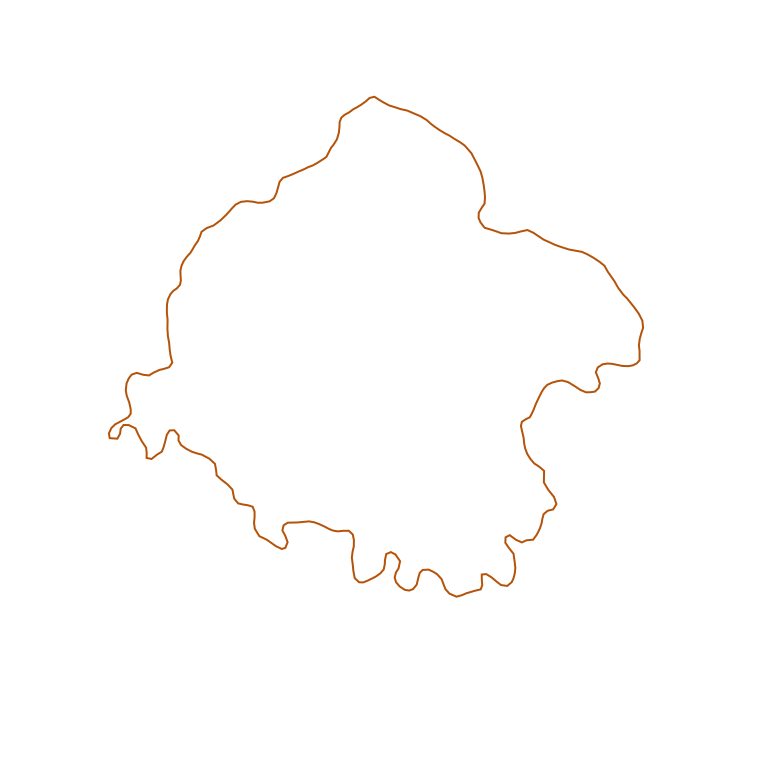 Indianópolis, Minas Gerais, Brazil, rotated 320°
{"feature_id": "56859067B71925312752547", "entity_name": "Indianópolis", "entity_type": "district", "adm_level": 2, "iso_a3": "BRA", "parent_name": "Brazil", "parent_adm1": "Minas Gerais", "projection": "equal_earth", "projection_center": [-47.866, -18.967], "detail": "fine", "context": "isolated", "style": "outline", "palette": "amber", "viewbox_px": 768, "rotation_deg": 320, "n_neighbors": 0, "source": "geoboundaries", "source_scale": "gbopen_adm2", "svg_char_len": 4354}
<svg xmlns="http://www.w3.org/2000/svg" viewBox="0 0 768 768"><g transform="rotate(320 384 384)"><path d="M139.1,249.2L144.6,254.5L149.9,252.4L153.6,249.0L158.1,248.0L162.0,251.3L165.1,258.2L163.2,264.9L161.7,272.0L160.8,279.9L157.9,284.3L154.6,288.0L157.7,292.0L164.6,292.2L170.3,293.0L174.3,290.9L178.8,287.8L185.0,283.3L189.9,281.8L193.6,284.6L193.6,291.5L190.3,295.1L189.3,300.4L190.9,306.6L193.4,312.6L195.9,316.6L198.9,320.8L202.2,328.9L203.2,336.5L200.1,341.9L197.1,346.4L197.9,352.4L199.6,360.4L200.0,367.5L197.7,371.6L195.6,375.5L195.5,381.6L198.3,385.4L201.8,389.4L204.5,393.6L202.8,398.6L199.1,403.0L195.2,406.8L192.0,411.8L190.7,420.4L194.2,428.2L197.0,438.9L199.7,444.7L203.1,446.1L208.5,443.2L210.7,437.1L212.1,430.8L216.3,427.7L221.2,428.4L224.9,431.4L228.8,434.5L232.6,437.1L238.3,441.1L241.6,445.0L244.2,449.5L246.7,454.7L248.7,459.7L250.8,463.6L253.9,467.2L258.6,470.4L262.7,473.8L263.3,479.3L260.7,484.1L256.7,488.8L252.0,492.4L247.7,496.4L244.1,502.1L240.5,507.3L236.8,513.9L237.5,519.9L240.5,522.6L245.0,524.1L250.2,525.4L253.7,526.2L259.2,526.7L264.5,525.9L268.4,522.9L271.7,519.4L276.4,515.7L281.2,517.2L283.2,522.0L282.4,530.1L276.6,534.6L271.9,536.1L267.6,539.3L265.8,543.8L265.9,549.3L267.6,555.0L270.5,558.4L274.4,559.8L280.1,558.7L286.0,554.3L290.1,551.6L294.1,551.3L298.8,554.8L300.9,559.2L302.4,563.7L302.7,570.5L300.8,575.9L299.2,580.6L299.4,586.7L302.8,593.5L307.8,595.8L312.7,597.3L320.7,600.8L326.1,603.5L330.0,601.2L333.2,596.7L336.4,592.8L340.1,595.3L342.0,600.8L343.3,608.0L344.4,613.2L348.6,617.9L354.4,617.9L358.3,616.1L362.6,613.0L366.4,609.3L369.8,604.2L374.1,597.3L374.3,589.9L374.9,583.6L378.6,579.6L383.1,580.6L385.0,588.3L387.8,594.0L392.7,595.3L398.1,599.1L403.5,597.8L407.0,596.5L411.0,594.6L415.2,592.0L419.0,588.8L422.7,586.3L427.9,586.3L433.0,588.8L438.9,586.8L441.6,579.9L441.8,570.7L443.2,562.2L447.6,557.1L450.8,553.5L449.7,547.0L448.0,541.3L448.0,535.4L448.8,529.6L450.7,524.2L453.1,519.7L456.4,514.9L459.2,509.4L461.9,504.2L465.3,501.6L469.7,502.1L474.4,503.2L477.9,501.8L481.8,500.0L487.5,496.9L492.5,494.6L496.7,492.7L500.1,491.3L504.0,490.1L508.5,489.6L513.4,490.9L518.7,493.3L522.7,495.8L526.2,500.8L528.6,507.9L530.7,514.9L533.4,520.2L537.0,523.1L540.7,525.4L545.7,525.1L549.7,522.3L551.6,517.9L553.8,511.2L558.4,508.7L564.1,509.4L568.4,512.0L571.7,515.2L574.8,519.1L578.4,523.6L582.8,527.5L586.5,529.6L590.8,530.7L595.1,530.1L598.0,526.5L600.9,523.1L604.0,518.4L608.8,513.9L613.7,510.5L618.6,507.5L622.6,501.6L624.4,493.7L625.0,485.6L625.2,474.6L624.7,469.1L625.2,460.7L626.6,453.3L627.6,441.8L628.9,435.1L627.7,429.2L625.6,421.9L623.1,415.3L620.5,409.9L616.3,404.9L612.2,399.9L609.2,395.2L606.3,390.5L604.1,386.6L601.8,381.6L599.1,376.1L597.7,371.3L595.7,364.3L592.9,358.3L587.5,355.4L581.4,352.5L576.2,348.9L570.8,343.9L567.8,338.7L565.1,334.4L561.5,329.0L561.8,322.3L563.2,317.6L566.7,313.7L572.1,311.8L576.9,310.5L581.2,306.1L584.4,301.7L588.0,296.1L591.9,289.3L594.6,283.3L595.8,278.6L597.4,272.0L599.3,263.4L599.1,253.2L597.6,247.4L595.6,241.8L593.8,235.8L591.9,231.3L589.9,225.6L588.2,219.6L587.1,214.6L586.3,209.0L583.9,202.0L581.0,196.3L577.5,189.4L573.5,184.2L570.3,179.0L567.0,173.9L564.4,167.5L562.9,163.0L561.3,157.8L556.8,155.6L551.9,155.8L546.1,155.4L540.8,154.6L537.3,153.8L531.9,153.5L527.0,152.5L522.7,152.5L518.4,154.8L514.6,159.0L510.7,162.7L505.2,166.3L499.4,168.2L495.3,169.0L490.5,171.0L485.9,173.0L482.3,172.7L478.3,172.2L474.6,171.7L469.9,170.8L465.5,169.2L460.1,167.9L454.3,166.1L448.6,164.5L444.0,163.0L439.1,161.1L434.0,162.0L429.2,165.3L424.2,168.7L419.1,171.0L413.7,170.5L407.7,167.2L403.8,164.0L400.7,160.0L396.6,155.9L391.5,152.5L385.8,151.2L380.5,151.7L376.9,152.3L371.9,153.0L363.9,153.5L355.2,153.0L348.5,150.6L342.1,150.1L338.1,152.5L333.5,154.8L327.9,156.3L323.9,157.8L319.8,159.1L314.6,159.8L309.5,161.1L305.0,163.2L300.9,166.3L297.6,170.5L294.9,174.2L291.4,176.9L286.7,177.6L282.5,177.2L278.2,177.9L273.0,180.2L269.1,183.4L265.6,187.3L263.0,190.5L259.5,195.7L253.5,202.6L249.2,208.5L245.7,214.6L241.8,220.1L238.6,225.3L235.5,231.6L230.1,233.0L224.8,230.8L221.3,229.0L214.9,227.2L209.5,226.4L205.5,222.2L201.7,216.5L196.7,214.6L192.1,215.6L187.0,218.2L182.0,223.0L179.4,227.6L176.9,234.5L173.7,240.6L170.8,244.0L166.7,245.0L162.6,244.3L157.2,243.2L152.2,242.1L146.9,242.5L141.5,245.0L139.1,249.2Z" fill="none" stroke="#b45309" stroke-width="2"/></g></svg>